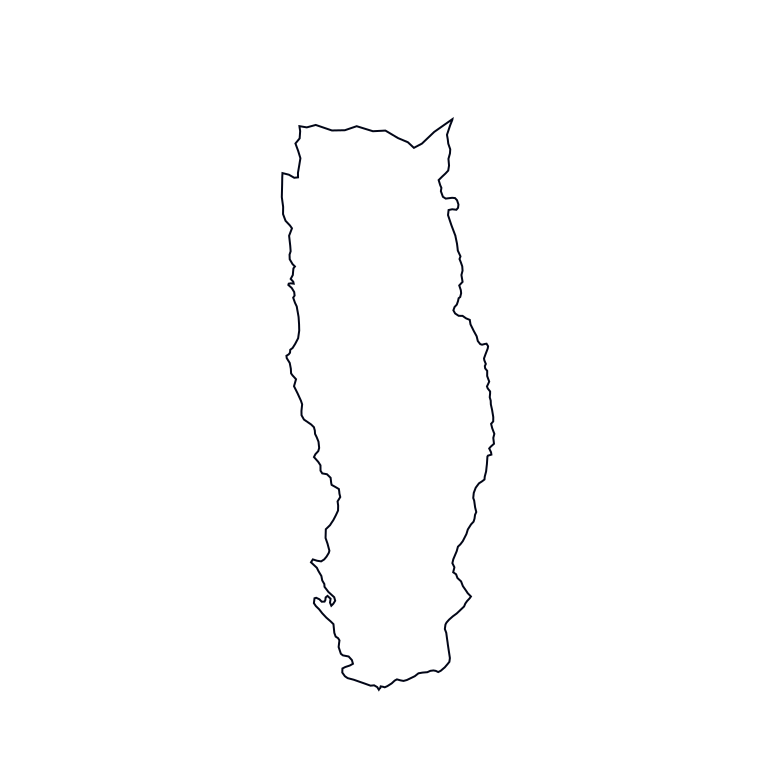 Porkpa, Grand Cape Mount, Liberia, rotated 313°
{"feature_id": "62588387B76680524179510", "entity_name": "Porkpa", "entity_type": "district", "adm_level": 2, "iso_a3": "LBR", "parent_name": "Liberia", "parent_adm1": "Grand Cape Mount", "projection": "equal_earth", "projection_center": [-11.08, 7.305], "detail": "fine", "context": "isolated", "style": "outline", "palette": "ink", "viewbox_px": 768, "rotation_deg": 313, "n_neighbors": 0, "source": "geoboundaries", "source_scale": "gbopen_adm2", "svg_char_len": 4570}
<svg xmlns="http://www.w3.org/2000/svg" viewBox="0 0 768 768"><g transform="rotate(313 384 384)"><path d="M624.4,253.4L602.6,248.8L585.7,247.8L577.1,244.8L577.1,236.6L573.4,226.5L570.3,212.2L561.3,203.5L553.9,188.2L542.9,182.3L533.9,173.0L526.9,157.4L519.0,152.5L515.1,146.6L514.9,146.3L514.2,147.1L511.8,150.2L506.1,154.8L499.5,155.2L495.9,162.3L492.1,168.9L486.7,172.5L479.7,177.1L476.5,180.2L473.6,177.7L472.2,171.7L469.0,165.9L465.9,168.5L460.7,173.2L451.0,181.8L444.7,189.5L439.4,194.3L436.2,200.7L435.8,207.1L435.1,210.5L427.7,213.5L421.1,221.2L417.4,225.2L414.2,226.7L410.9,230.0L409.3,235.4L409.2,238.7L406.8,238.9L403.4,241.5L401.5,243.0L397.2,244.1L396.9,247.9L395.8,249.5L394.1,247.2L392.4,245.9L391.2,246.5L391.3,251.0L390.0,255.6L387.7,258.3L385.2,258.7L382.7,263.5L381.2,267.3L379.2,269.9L377.8,271.8L375.0,275.5L374.4,276.2L369.7,281.2L365.2,285.6L358.9,290.0L352.7,291.7L348.0,292.6L345.1,292.1L342.8,293.9L340.7,294.1L338.1,293.4L336.6,295.2L335.1,300.7L331.6,305.5L328.4,308.8L327.9,311.3L327.5,316.4L321.0,319.7L318.2,327.2L315.1,334.7L313.3,338.0L308.0,342.0L304.9,345.0L303.4,349.7L304.7,358.3L304.6,362.3L303.7,363.6L302.9,365.0L300.5,367.6L299.2,371.0L297.2,375.3L297.0,375.6L293.0,380.2L290.1,381.7L285.9,381.7L282.8,382.6L282.2,389.0L281.2,393.0L277.3,396.7L276.5,399.8L279.1,403.8L279.0,408.9L275.6,412.9L274.5,414.5L275.5,418.5L276.4,422.6L275.0,424.4L273.4,426.2L271.5,429.1L266.5,430.1L263.8,433.4L263.7,433.5L260.1,436.7L255.2,438.3L249.8,439.8L246.6,440.3L244.0,440.8L238.1,440.5L231.5,446.3L228.7,451.6L224.8,457.8L222.8,458.8L218.6,459.7L214.9,459.9L211.4,459.0L209.1,455.6L207.2,451.6L203.8,452.2L203.8,456.7L203.8,460.2L202.6,463.3L201.9,465.6L200.9,469.1L198.2,472.8L197.0,476.8L195.1,478.8L194.0,485.2L194.1,493.0L192.2,496.1L188.7,496.8L185.9,496.7L187.3,493.6L190.5,491.4L190.5,487.2L188.1,486.9L185.9,488.5L184.3,488.9L182.3,486.9L182.5,483.6L181.4,480.2L179.9,479.3L175.9,482.2L175.1,485.7L175.0,490.2L174.2,495.1L173.8,501.2L174.0,506.8L173.9,510.8L168.1,517.4L166.3,520.9L166.8,523.8L166.1,526.3L164.1,527.7L160.7,530.2L157.3,536.4L157.5,539.0L160.6,544.0L160.2,548.8L158.2,552.1L154.8,551.0L150.6,548.7L147.6,547.6L144.5,550.3L143.6,554.7L144.1,558.0L147.1,563.6L151.8,574.3L154.2,579.9L156.9,582.3L157.7,585.8L156.9,588.7L157.8,588.5L159.1,588.6L160.6,587.8L161.5,589.2L161.9,589.8L162.7,591.4L165.3,592.5L170.3,593.8L174.4,594.1L176.8,594.9L178.4,598.0L179.4,599.6L180.2,600.8L183.1,602.6L184.1,603.0L191.3,605.8L195.9,606.5L199.1,608.9L202.1,611.6L202.7,612.2L203.4,612.5L205.8,613.5L208.2,615.5L209.5,617.5L210.3,620.1L213.0,621.1L216.7,621.5L218.1,621.7L222.5,621.5L225.4,621.3L228.5,619.1L230.4,616.7L233.4,612.9L237.3,608.0L238.0,607.2L240.8,603.7L244.5,599.2L246.1,596.0L246.3,595.6L250.0,593.0L251.4,592.6L252.4,592.4L256.1,592.3L261.1,592.8L265.8,593.7L275.9,594.3L278.9,593.2L281.9,592.8L285.7,592.8L287.9,592.5L288.1,587.8L288.5,586.3L290.0,579.5L292.2,575.0L292.2,570.0L294.0,566.5L293.5,563.0L297.8,560.6L298.0,560.4L299.6,556.2L303.1,554.2L311.3,551.2L315.5,549.0L318.8,549.2L322.8,548.8L330.5,546.6L334.8,544.5L340.7,543.4L344.4,543.4L346.9,542.2L347.3,542.0L350.4,539.8L353.3,538.8L355.9,534.8L360.2,529.5L361.5,527.0L365.6,523.9L370.7,521.8L376.1,521.2L379.7,522.1L382.7,522.6L384.9,520.9L389.7,518.3L393.7,515.3L395.6,513.9L401.5,509.1L402.5,508.9L405.6,510.7L407.1,508.8L408.6,504.9L411.0,504.8L415.3,505.2L419.1,500.7L422.8,498.7L425.4,493.4L427.9,489.5L431.1,489.4L434.3,486.5L438.7,480.8L442.0,476.0L444.6,473.4L446.4,470.4L449.5,468.0L450.9,466.7L451.5,462.9L452.5,460.9L453.3,460.7L455.2,460.1L457.5,459.3L460.2,454.0L464.0,450.5L464.4,447.4L465.9,445.5L468.1,444.8L469.7,441.3L470.9,439.7L475.1,437.9L480.6,435.7L482.6,434.4L483.4,431.5L482.1,430.5L479.6,428.9L478.8,427.2L479.4,423.3L482.1,419.2L484.2,412.9L484.5,412.2L486.6,406.6L489.4,403.0L488.0,399.3L487.4,395.0L484.8,392.1L484.1,387.9L485.2,384.5L488.4,383.1L491.7,383.1L495.1,381.6L495.6,381.3L497.6,380.1L499.6,380.4L503.0,378.5L505.0,376.2L506.9,372.7L507.4,371.8L512.3,371.8L516.5,366.3L520.4,364.2L520.7,363.9L523.4,361.0L525.4,357.2L526.9,354.0L529.5,352.9L531.9,347.0L533.9,344.7L536.4,341.7L540.7,335.6L541.0,335.3L546.1,325.0L551.2,315.6L555.3,312.6L558.3,314.7L560.8,318.1L563.3,318.0L566.0,316.1L568.2,312.1L568.4,309.1L566.6,306.8L561.7,302.7L561.1,299.4L563.8,294.1L566.6,292.2L567.7,289.6L570.4,284.9L575.5,285.1L579.8,285.4L583.9,285.4L588.1,282.6L592.6,277.6L597.6,275.0L600.8,272.4L603.6,267.1L606.4,263.8L609.2,260.1L618.2,256.0L618.7,255.8L623.8,253.8L624.4,253.4Z" fill="none" stroke="#020617" stroke-width="2"/></g></svg>